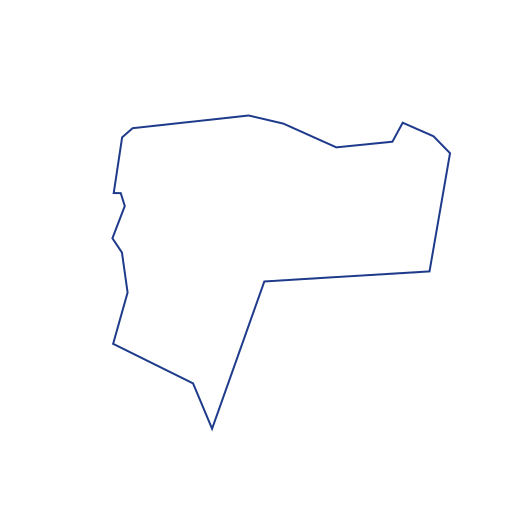 Mayom, Unity, South Sudan, rotated 291°
{"feature_id": "79223893B58930219701541", "entity_name": "Mayom", "entity_type": "district", "adm_level": 2, "iso_a3": "SSD", "parent_name": "South Sudan", "parent_adm1": "Unity", "projection": "robinson", "projection_center": [29.225, 9.075], "detail": "fine", "context": "isolated", "style": "outline", "palette": "blue", "viewbox_px": 512, "rotation_deg": 291, "n_neighbors": 0, "source": "geoboundaries", "source_scale": "gbopen_adm2", "svg_char_len": 427}
<svg xmlns="http://www.w3.org/2000/svg" viewBox="0 0 512 512"><g transform="rotate(291 256 256)"><path d="M433.0,345.2L411.6,342.4L386.2,292.0L389.4,234.1L384.5,198.7L331.1,95.0L318.8,88.5L263.8,100.6L266.2,107.2L255.6,115.6L221.1,115.6L211.2,129.6L175.9,149.2L122.8,154.1L114.5,242.9L79.0,276.9L235.2,272.9L261.8,331.2L303.8,423.5L421.5,400.3L431.4,378.8L433.0,345.2Z" fill="none" stroke="#1e3a8a" stroke-width="2"/></g></svg>